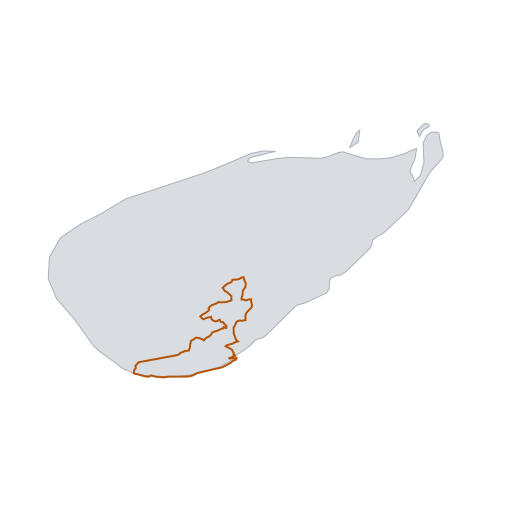 Ampāra highlighted on a map of Sri Lanka, rotated 76°
{"feature_id": "LKA-2451", "entity_name": "Ampāra", "entity_type": "District", "adm_level": 1, "iso_a3": "LKA", "parent_name": "Sri Lanka", "parent_adm1": "", "projection": "natural_earth1", "projection_center": [81.481, 7.125], "detail": "fine", "context": "in_parent", "style": "outline", "palette": "amber", "viewbox_px": 512, "rotation_deg": 76, "n_neighbors": 0, "source": "natural_earth", "source_scale": "10m", "svg_char_len": 3296}
<svg xmlns="http://www.w3.org/2000/svg" viewBox="0 0 512 512"><g transform="rotate(76 256 256)"><path d="M180.8,48.9L189.7,49.5L199.1,49.2L205.7,50.7L217.1,67.2L247.9,96.8L264.7,126.9L266.3,133.5L268.6,139.1L272.6,140.7L276.0,143.3L292.8,172.3L294.8,178.1L294.5,184.4L295.5,189.1L299.9,191.4L305.4,192.7L309.0,197.0L313.5,220.2L313.5,227.4L314.8,230.5L336.0,266.6L337.2,271.0L337.0,274.3L337.6,277.1L341.7,283.5L348.1,300.7L351.3,304.6L355.2,319.6L355.5,348.3L354.1,361.1L350.1,376.6L345.4,391.8L340.3,402.8L333.4,412.1L309.6,431.8L302.8,435.8L271.8,448.2L249.0,459.9L227.9,463.1L206.8,456.6L190.9,441.2L182.7,418.6L177.2,395.0L169.1,368.8L163.0,287.8L160.0,265.1L155.3,236.3L155.8,223.7L159.2,211.7L159.1,238.1L162.2,241.3L164.6,237.9L166.7,210.7L168.5,199.2L176.9,169.2L177.1,163.8L175.7,152.5L175.8,146.9L188.3,125.8L191.5,113.6L193.3,101.0L192.6,87.5L190.4,74.1L200.5,78.4L206.0,83.0L211.7,86.2L216.3,84.6L221.9,84.5L217.9,77.2L206.2,70.5L186.6,66.4L180.5,61.1L178.2,56.5L179.4,51.1L180.8,48.9ZM170.8,130.6L173.4,138.8L165.8,133.2L160.8,128.6L159.1,124.9L169.4,129.0L170.8,130.6ZM179.6,68.5L173.8,69.6L169.3,62.5L168.2,59.5L169.4,57.3L170.6,56.3L172.1,56.6L174.3,63.3L179.6,68.5Z" fill="#d9dde1" stroke="#a8b0b8" stroke-width="1"/><path d="M345.6,301.1L345.7,301.5L346.5,301.7L347.2,300.6L347.8,300.6L348.5,304.9L348.5,306.5L349.1,306.5L349.2,305.0L349.4,303.5L349.8,302.2L350.4,301.3L350.4,300.6L350.3,300.4L350.1,299.7L350.3,299.4L350.8,299.7L351.6,300.6L351.9,301.4L352.1,303.7L353.5,306.3L355.8,315.4L355.4,340.6L355.6,342.3L356.6,346.1L356.7,348.3L356.2,352.6L352.0,369.6L351.7,371.4L351.6,373.7L351.3,375.6L350.0,378.6L349.7,379.9L349.2,381.8L347.4,385.0L346.5,386.5L347.2,389.1L346.2,392.2L340.3,403.0L339.5,402.6L337.2,401.8L335.7,399.8L334.5,399.6L333.4,399.5L330.7,395.6L333.1,356.3L332.6,354.2L331.5,352.3L331.5,350.3L330.9,348.2L331.3,346.1L331.5,344.1L328.7,342.2L325.4,341.2L325.0,340.7L324.4,340.3L323.7,340.3L323.0,339.9L322.2,338.5L321.9,336.8L320.7,334.3L321.8,331.0L323.7,328.4L325.2,327.0L323.2,323.8L322.9,321.5L321.6,318.9L319.6,316.8L319.2,314.8L319.3,312.2L318.2,306.6L318.4,305.1L317.8,305.0L317.2,304.6L318.6,302.2L316.8,301.6L314.5,303.0L313.4,303.5L312.3,304.0L312.0,305.0L311.4,306.1L310.1,306.5L309.1,306.6L309.2,308.0L309.7,309.3L309.8,310.5L309.4,311.6L308.7,312.5L308.3,313.2L306.4,314.4L304.1,314.3L304.1,318.4L304.6,322.4L302.9,323.9L301.0,324.6L300.2,322.9L299.5,320.8L299.2,318.9L298.3,316.9L297.7,315.7L297.3,314.8L296.2,314.5L295.4,314.7L294.0,313.2L293.0,310.6L292.4,305.9L292.0,304.6L291.7,303.3L292.0,302.3L292.5,301.2L293.5,296.0L293.1,290.6L289.0,289.6L284.5,292.5L282.5,294.6L281.4,295.1L280.5,295.4L278.8,296.1L276.5,291.7L275.8,289.1L275.7,287.4L275.1,285.8L273.7,284.8L273.4,284.6L274.3,279.5L274.1,277.4L273.4,275.0L273.5,273.2L275.2,273.2L278.7,272.8L280.4,272.5L283.7,274.0L286.5,277.1L290.9,278.7L293.1,280.2L294.9,280.4L295.1,279.3L295.6,278.1L296.1,277.3L296.7,276.2L296.4,273.7L296.8,271.3L299.3,271.8L302.3,271.7L304.7,272.6L307.9,277.8L309.9,280.1L312.7,281.0L315.7,281.7L315.5,284.9L314.6,288.0L314.8,289.8L315.7,291.4L318.6,293.4L320.1,295.1L326.2,296.4L332.3,295.6L334.5,294.2L334.5,296.9L335.3,299.5L335.5,305.6L336.2,307.3L339.4,303.6L341.3,301.9L343.9,301.4L345.6,301.1Z" fill="none" stroke="#b45309" stroke-width="2"/></g></svg>